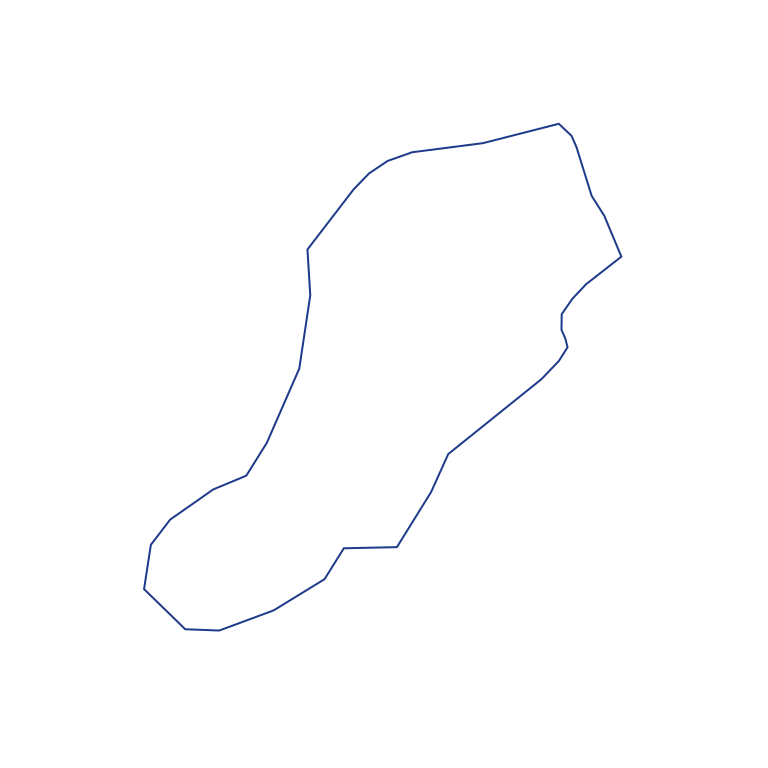 an SVG outline of Jaunpiebalgas, rotated 302°
{"feature_id": "LVA-5787", "entity_name": "Jaunpiebalgas", "entity_type": "Municipality", "adm_level": 1, "iso_a3": "LVA", "parent_name": "Latvia", "parent_adm1": "", "projection": "equal_earth", "projection_center": [25.988, 57.149], "detail": "fine", "context": "isolated", "style": "outline", "palette": "blue", "viewbox_px": 768, "rotation_deg": 302, "n_neighbors": 0, "source": "natural_earth", "source_scale": "10m", "svg_char_len": 607}
<svg xmlns="http://www.w3.org/2000/svg" viewBox="0 0 768 768"><g transform="rotate(302 384 384)"><path d="M457.5,247.8L533.0,255.1L554.6,259.7L575.0,268.8L595.5,285.1L640.7,340.3L697.3,394.3L693.8,411.6L686.8,421.8L653.6,460.4L643.3,481.8L617.8,517.8L575.7,502.5L556.2,498.6L537.4,497.7L524.0,505.8L518.7,513.6L512.4,520.2L496.3,520.1L471.7,515.0L358.6,475.6L317.4,481.2L252.5,481.4L223.4,437.0L187.0,437.0L133.6,410.4L87.6,374.9L70.7,345.4L82.9,289.2L124.1,271.5L155.7,274.5L204.2,295.1L233.3,315.8L272.1,315.8L352.1,304.0L420.1,274.5L457.5,247.8Z" fill="none" stroke="#1e3a8a" stroke-width="2"/></g></svg>